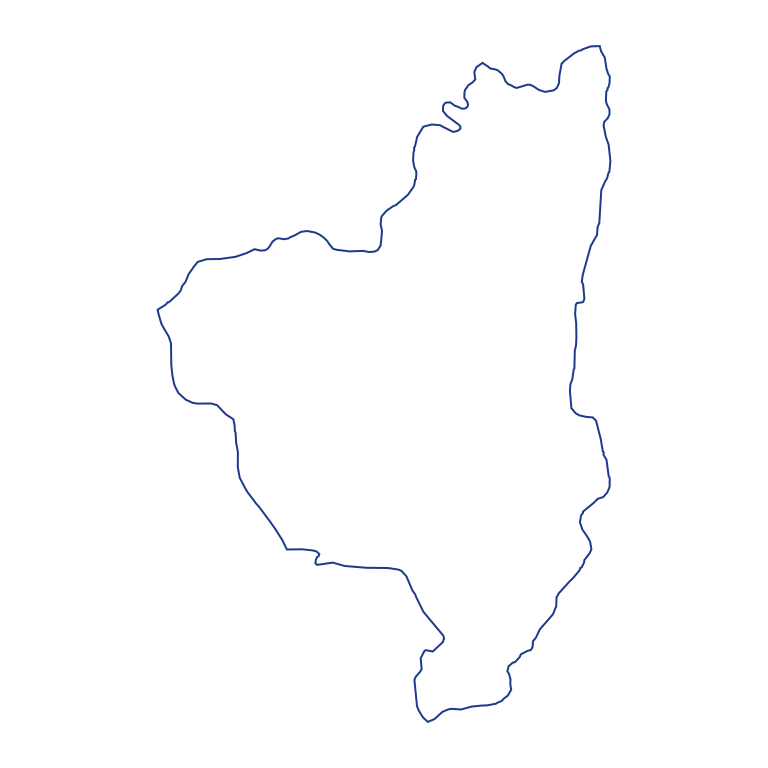 outline of Jalapa, Jalapa, Guatemala
{"feature_id": "79465075B86525651589488", "entity_name": "Jalapa", "entity_type": "district", "adm_level": 2, "iso_a3": "GTM", "parent_name": "Guatemala", "parent_adm1": "Jalapa", "projection": "albers", "projection_center": [-90.024, 14.626], "detail": "fine", "context": "isolated", "style": "outline", "palette": "blue", "viewbox_px": 768, "rotation_deg": 0, "n_neighbors": 0, "source": "geoboundaries", "source_scale": "gbopen_adm2", "svg_char_len": 4130}
<svg xmlns="http://www.w3.org/2000/svg" viewBox="0 0 768 768"><path d="M474.3,72.1L475.3,79.5L472.4,82.5L468.5,85.1L465.0,90.0L464.4,93.2L464.4,97.9L467.4,102.0L468.0,104.7L467.8,106.1L466.2,107.9L464.2,108.7L461.9,108.6L457.0,106.4L455.3,106.0L450.2,102.4L445.9,102.6L444.9,103.3L443.1,105.9L443.0,111.0L447.2,116.1L458.8,124.7L460.3,126.4L460.5,128.7L457.7,130.8L453.3,132.0L442.9,126.8L440.1,125.2L431.7,124.5L423.3,126.7L417.1,137.0L416.4,140.3L414.9,146.7L414.0,147.6L414.3,149.9L413.5,152.4L413.1,160.4L414.0,165.9L414.8,168.4L415.6,169.8L416.1,171.2L416.4,172.8L416.3,174.7L416.0,179.0L415.1,179.8L414.4,184.5L413.5,186.9L409.5,192.5L408.2,194.5L398.5,202.9L397.5,203.6L396.7,204.7L393.2,206.2L387.9,209.7L386.2,211.1L382.2,215.6L381.7,216.4L381.2,217.9L380.6,224.4L382.0,230.7L381.6,236.5L380.6,245.5L377.7,250.1L374.1,251.7L369.0,252.0L363.1,250.9L349.6,251.4L336.7,249.8L333.1,248.8L328.9,243.7L327.3,241.0L323.3,237.2L319.5,234.6L315.1,232.5L306.9,231.0L300.9,231.9L294.8,235.3L289.5,237.6L288.5,238.4L284.4,239.2L278.0,238.2L275.4,239.4L272.5,241.6L270.0,245.9L267.7,248.8L265.0,250.3L260.8,250.6L254.5,249.2L246.8,253.0L235.6,256.8L220.0,259.0L206.6,259.2L197.6,262.0L193.5,267.1L192.5,268.7L188.6,274.2L185.6,281.7L182.2,286.0L180.6,290.7L178.5,293.5L168.8,302.3L167.5,302.4L165.9,304.5L161.2,307.5L157.6,309.8L158.8,315.1L161.5,324.0L164.9,330.1L168.6,336.2L170.6,342.2L171.0,343.5L171.3,365.0L172.5,376.2L174.2,384.3L175.8,388.0L178.4,393.0L185.8,399.7L192.8,402.9L197.4,403.6L211.3,403.5L217.1,405.2L225.8,414.3L233.4,419.3L234.6,425.7L234.9,431.4L235.6,432.5L236.1,442.5L237.9,452.2L237.8,467.1L239.7,477.8L242.0,482.1L244.9,487.7L247.6,492.3L252.9,499.2L255.8,503.2L259.2,507.0L268.8,519.9L269.4,520.6L275.2,528.9L282.1,539.7L286.9,549.5L302.2,549.3L312.4,550.4L316.5,551.4L319.3,554.0L318.8,555.8L317.0,557.3L315.8,560.0L315.4,563.3L317.1,564.9L332.7,562.6L344.8,566.0L367.0,567.8L387.9,568.0L398.5,569.6L401.4,570.8L406.4,576.3L412.5,590.6L415.2,594.4L415.8,596.3L423.4,611.8L443.4,635.8L444.1,639.0L443.3,640.2L443.0,641.9L432.8,651.5L426.0,650.2L424.6,650.7L420.7,658.1L421.6,669.2L419.7,672.4L418.6,673.5L417.6,674.7L416.5,675.8L414.8,678.4L414.5,680.8L417.0,706.2L418.9,710.8L422.4,716.5L423.4,717.8L427.8,721.9L434.5,719.1L438.2,715.7L442.5,711.8L448.4,709.4L451.6,708.8L460.9,709.5L471.7,706.6L481.3,705.6L487.4,705.3L496.0,703.7L497.1,702.9L501.9,700.8L503.7,698.7L508.0,695.4L511.2,689.6L510.3,684.5L510.4,681.8L510.5,679.4L509.0,673.9L507.4,671.2L508.5,666.4L512.9,662.5L514.3,662.5L515.8,661.3L519.6,657.2L520.9,654.3L528.1,650.6L530.5,650.2L531.7,648.8L532.6,646.8L533.0,641.2L535.9,637.7L539.9,629.2L549.2,618.7L553.1,614.0L555.3,608.2L556.2,606.7L556.6,596.9L558.2,594.8L558.4,593.7L569.8,581.2L573.0,578.1L579.5,570.4L580.3,567.9L581.6,567.5L584.1,562.4L584.4,560.0L589.6,553.3L591.4,549.2L590.1,541.7L587.5,537.0L582.3,529.4L579.9,522.2L581.1,515.4L583.0,512.9L583.1,511.5L593.2,503.3L597.8,498.8L603.3,497.0L607.3,492.4L609.6,487.0L609.7,477.8L608.7,476.3L606.5,459.8L603.5,454.8L603.7,452.4L602.8,451.3L600.7,438.8L596.0,420.6L592.7,417.4L586.2,416.9L579.4,415.4L575.5,413.1L571.4,408.2L569.9,390.5L570.5,384.0L572.3,379.3L573.7,369.5L574.4,368.4L574.8,350.6L576.0,345.5L576.4,338.1L576.2,323.5L575.1,313.9L575.8,304.6L576.9,303.1L582.8,302.2L583.6,301.0L584.4,298.5L583.1,284.5L581.8,281.6L582.8,274.6L590.8,245.8L597.0,235.0L597.6,227.1L599.3,222.9L601.3,190.1L605.0,181.7L607.1,178.2L608.3,173.3L609.4,171.8L610.4,161.1L608.6,144.6L605.8,136.7L603.6,125.7L604.1,122.0L607.9,118.0L609.6,113.9L609.4,109.2L606.7,104.1L605.9,100.5L606.3,91.6L607.6,89.7L607.5,88.3L608.5,87.1L609.5,83.2L609.8,76.3L608.2,74.0L606.5,68.8L604.8,57.7L601.3,51.7L600.1,47.8L599.8,46.1L590.8,46.4L582.5,49.3L581.5,50.3L579.2,50.6L574.0,53.4L565.9,59.7L564.7,60.5L561.5,63.8L561.2,66.0L559.4,75.6L559.0,83.1L557.5,86.6L556.6,88.2L553.5,90.4L545.0,91.9L538.9,89.9L533.4,86.3L530.3,84.8L527.5,84.7L516.8,87.9L514.6,87.4L511.3,85.4L509.1,84.6L507.6,83.7L505.4,81.1L503.6,76.6L502.2,74.1L498.0,70.5L495.9,69.5L490.4,68.5L487.9,66.5L482.5,62.9L476.4,67.2L474.3,72.1Z" fill="none" stroke="#1e3a8a" stroke-width="2"/></svg>